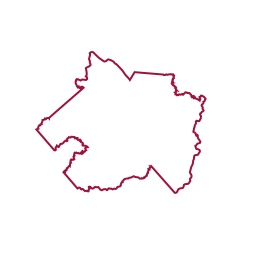 São Gabriel da Cachoeira, Amazonas, Brazil, rotated 319°
{"feature_id": "56859067B34307291662166", "entity_name": "São Gabriel da Cachoeira", "entity_type": "district", "adm_level": 2, "iso_a3": "BRA", "parent_name": "Brazil", "parent_adm1": "Amazonas", "projection": "natural_earth1", "projection_center": [-67.662, 0.359], "detail": "fine", "context": "isolated", "style": "outline", "palette": "rose", "viewbox_px": 256, "rotation_deg": 319, "n_neighbors": 0, "source": "geoboundaries", "source_scale": "gbopen_adm2", "svg_char_len": 5826}
<svg xmlns="http://www.w3.org/2000/svg" viewBox="0 0 256 256"><g transform="rotate(319 128 128)"><path d="M137.6,209.6L140.4,208.7L141.2,207.3L141.8,206.9L143.4,206.8L144.6,205.8L145.2,204.4L145.3,202.9L145.8,201.9L150.1,199.0L153.3,197.6L155.8,195.4L157.4,194.6L159.5,192.6L161.0,192.6L162.9,193.9L163.6,194.0L165.0,193.4L166.2,193.2L167.0,192.7L167.4,192.1L167.5,191.3L166.8,189.8L166.0,188.9L165.9,188.3L167.0,185.7L168.1,185.8L170.1,185.4L172.4,186.4L173.1,186.3L173.6,185.7L173.9,184.6L174.1,181.9L174.8,180.4L175.8,179.3L175.7,178.6L174.6,178.9L174.5,178.6L175.5,176.0L175.4,175.2L174.9,174.4L174.8,173.8L175.1,173.4L176.2,172.8L177.5,171.6L178.9,170.9L180.0,169.9L182.3,169.1L183.6,167.6L184.5,167.5L185.8,169.2L186.4,169.5L189.2,168.5L191.0,166.8L191.0,165.5L191.8,164.5L192.2,164.4L193.1,164.7L194.1,164.3L195.6,164.6L196.6,164.3L197.1,162.0L198.0,161.4L198.2,159.4L199.1,158.8L200.7,158.9L201.2,158.7L202.1,157.7L202.9,157.9L203.8,157.8L204.1,157.4L205.7,156.9L205.8,154.6L205.3,152.8L204.5,151.5L204.0,151.5L203.7,151.9L203.3,152.0L202.4,151.5L201.7,152.5L201.6,153.7L201.1,154.0L200.5,153.7L200.0,154.2L199.5,152.1L198.4,150.3L198.0,150.6L198.5,150.1L198.7,148.9L198.1,148.8L197.9,149.3L197.2,148.8L198.6,147.1L198.2,146.7L197.1,146.3L196.7,146.4L196.6,146.9L196.4,146.7L196.9,146.0L196.8,145.7L197.3,145.5L197.2,144.8L197.5,144.3L197.2,143.5L197.3,142.1L197.1,141.7L196.5,141.4L196.1,140.6L195.7,140.4L195.7,140.0L195.0,138.9L194.6,138.7L193.9,138.9L192.4,138.9L191.5,138.1L191.1,138.6L190.7,137.8L189.3,137.2L188.9,136.4L188.3,136.0L187.6,136.2L187.0,135.8L187.1,135.4L186.7,134.8L186.3,134.8L186.4,134.1L185.9,133.6L186.1,133.4L186.5,133.6L187.2,132.6L187.1,132.3L187.5,132.5L188.1,131.8L188.8,131.8L188.8,131.3L189.3,131.3L189.5,131.6L189.5,130.5L189.9,129.5L190.3,129.3L190.0,128.8L190.3,128.7L190.7,129.0L190.8,128.8L190.8,128.0L190.6,127.8L190.7,127.5L190.3,127.1L190.6,125.9L190.0,125.3L190.2,124.8L190.1,124.1L190.5,123.9L190.3,123.5L190.8,123.0L191.0,123.1L190.8,122.8L191.5,122.6L191.6,122.0L192.0,121.8L192.4,122.2L193.0,120.9L193.7,121.0L194.1,120.4L194.7,120.4L195.2,119.9L195.4,120.1L195.7,119.4L196.2,119.4L197.0,118.9L196.8,118.3L197.1,118.2L197.3,117.4L196.8,117.3L196.5,116.3L195.6,115.9L195.4,115.3L194.1,114.4L192.9,113.9L192.0,112.6L191.4,112.7L189.8,111.6L189.7,110.8L169.6,90.2L160.9,93.0L161.1,91.4L160.9,86.1L161.5,81.0L161.2,72.6L160.5,70.7L160.6,68.5L159.6,65.6L158.3,63.5L157.7,63.1L155.1,63.1L153.8,62.3L153.5,61.7L152.0,55.6L151.4,48.0L150.6,47.0L149.7,46.4L148.1,46.5L147.5,47.9L144.0,50.2L143.6,50.8L143.3,52.3L142.3,53.2L141.5,55.4L141.0,55.9L139.1,56.0L136.2,55.2L135.5,55.2L133.6,58.4L132.1,60.4L131.2,61.1L130.1,61.3L130.3,62.7L130.1,63.2L129.7,63.3L129.4,64.1L129.0,64.3L127.8,64.2L125.2,61.3L123.5,61.2L122.9,59.7L122.5,59.3L122.2,58.4L121.5,57.6L120.9,57.9L120.6,57.6L120.0,57.8L119.4,58.6L119.0,58.6L117.7,60.1L117.3,62.2L116.9,63.0L116.8,64.4L118.1,64.3L117.6,65.8L118.0,66.8L118.6,66.7L119.2,66.2L119.8,66.2L120.5,66.9L120.1,67.6L120.8,67.7L120.9,68.5L82.7,68.5L75.0,68.6L74.7,68.9L74.7,68.4L73.4,67.4L72.5,67.1L72.3,67.3L71.9,67.2L71.6,66.9L71.5,67.3L71.2,67.2L71.2,66.8L70.9,67.0L68.7,65.9L68.2,66.6L65.9,67.7L65.6,68.3L65.2,68.0L63.9,68.4L63.8,67.9L63.2,68.0L62.8,67.8L62.6,68.0L61.6,68.0L60.3,68.9L60.0,69.7L59.6,69.5L58.6,69.7L58.3,69.5L58.5,69.2L57.9,69.0L57.8,96.5L58.3,97.1L59.0,97.2L59.4,97.0L60.0,95.8L60.7,95.3L61.7,95.0L62.0,95.2L62.8,94.7L63.0,96.7L63.8,96.9L64.3,96.4L66.7,95.7L67.4,96.4L68.2,96.7L69.9,96.8L70.9,96.4L72.6,96.6L73.0,96.7L73.1,97.7L73.8,97.9L75.2,96.1L75.9,96.4L77.4,96.1L77.9,97.1L78.3,97.2L78.5,97.5L79.5,97.4L81.7,99.8L81.8,100.2L81.1,100.9L81.7,101.4L82.9,101.9L83.3,102.5L82.3,103.1L82.5,104.4L83.0,104.4L84.3,105.5L84.1,106.6L83.2,106.6L83.2,107.6L83.7,108.4L84.0,109.6L83.7,110.4L83.4,110.6L82.9,110.5L82.4,111.1L82.4,111.8L84.0,113.1L85.1,115.4L85.0,116.0L84.4,115.5L82.6,115.1L82.2,115.3L81.8,117.3L81.4,117.1L80.4,117.4L80.3,117.2L79.4,117.2L78.7,117.4L78.2,117.4L78.7,116.7L78.4,116.0L78.6,115.5L78.1,115.4L77.2,116.1L76.6,115.8L76.6,116.3L76.0,117.0L75.6,116.3L74.1,114.9L74.0,114.3L73.0,113.4L73.0,112.8L72.2,112.5L71.8,111.7L71.4,111.7L70.8,112.0L70.3,112.7L69.6,112.9L69.4,113.2L69.4,113.9L68.2,113.9L68.2,114.4L67.3,115.0L67.1,115.8L66.7,115.8L66.7,116.3L65.6,116.0L64.8,114.7L63.9,114.5L63.5,114.7L63.5,115.2L62.5,115.7L62.2,116.8L61.7,116.9L61.3,116.6L59.1,118.7L59.0,118.3L58.3,118.0L58.0,118.2L57.7,118.1L56.2,118.6L55.9,118.3L55.2,118.2L54.7,119.0L54.1,119.5L53.2,119.2L53.0,118.8L52.0,118.8L52.3,119.2L52.1,119.8L51.4,120.2L51.1,120.0L51.0,119.4L50.3,119.3L50.2,140.5L51.5,140.7L52.3,141.2L52.5,141.8L52.4,143.2L52.5,143.7L53.4,144.0L53.8,144.4L54.1,147.2L55.5,148.2L56.3,149.7L57.0,149.7L57.6,148.8L59.0,148.6L59.5,147.0L59.8,146.7L60.4,146.9L61.0,147.8L60.9,149.2L61.4,150.4L62.5,150.9L64.1,150.8L64.7,151.1L65.2,151.9L66.8,153.1L66.7,156.4L67.2,157.6L67.9,158.0L69.1,158.1L70.6,159.1L71.1,159.6L71.2,160.9L71.5,161.2L73.6,160.9L74.1,161.1L74.5,161.9L75.4,162.5L76.1,164.2L77.8,164.7L78.7,165.9L79.7,166.1L81.2,165.6L82.6,166.2L83.5,166.8L85.0,166.6L85.5,165.8L87.0,165.1L88.2,165.3L88.2,164.8L88.9,164.5L90.0,164.7L90.9,164.2L92.4,164.5L94.5,165.7L95.1,166.3L96.3,166.4L97.6,167.3L100.7,168.2L101.7,170.3L102.6,171.1L103.4,172.2L103.6,173.7L103.9,174.1L105.6,175.5L105.7,175.3L106.1,175.8L107.2,176.2L107.4,175.9L108.1,176.3L108.3,176.0L108.8,176.3L109.6,176.0L110.9,176.4L111.9,175.2L113.2,175.2L113.6,174.6L113.9,174.7L114.7,173.9L116.0,173.4L116.0,173.0L116.5,172.8L116.8,173.1L116.9,172.4L117.5,172.8L117.8,172.4L118.8,172.1L118.9,172.4L119.7,172.3L120.0,172.6L120.0,172.2L120.2,172.5L120.5,172.3L120.8,207.7L122.0,208.4L123.5,208.4L124.5,207.7L125.8,207.3L127.8,207.8L129.9,209.2L131.4,208.8L132.3,208.0L133.1,207.6L134.3,207.9L136.7,209.5L137.6,209.6Z" fill="none" stroke="#9f1239" stroke-width="2"/></g></svg>